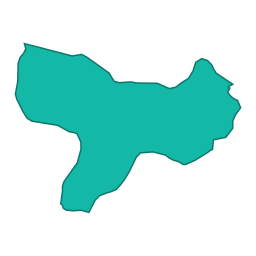 SVG path tracing the border of Amasya
{"feature_id": "TUR-2290", "entity_name": "Amasya", "entity_type": "Province", "adm_level": 1, "iso_a3": "TUR", "parent_name": "Turkey", "parent_adm1": "", "projection": "robinson", "projection_center": [35.812, 40.638], "detail": "fine", "context": "isolated", "style": "filled", "palette": "teal", "viewbox_px": 256, "rotation_deg": 0, "n_neighbors": 0, "source": "natural_earth", "source_scale": "10m", "svg_char_len": 1116}
<svg xmlns="http://www.w3.org/2000/svg" viewBox="0 0 256 256"><path d="M24.4,43.6L72.2,56.0L81.6,54.4L86.7,57.1L108.9,72.9L114.2,81.4L119.3,82.7L131.0,81.9L136.9,83.0L157.3,83.3L169.4,88.6L175.8,87.2L181.4,82.8L188.4,78.5L193.1,70.8L195.8,62.2L201.9,58.6L207.5,60.5L211.8,64.9L213.7,69.3L216.2,73.2L232.8,84.3L228.4,86.5L228.4,87.8L229.6,87.8L229.6,89.1L227.6,91.6L229.4,94.8L232.5,97.7L234.9,99.3L237.5,100.3L240.6,107.7L235.3,115.1L232.7,121.3L232.7,128.3L225.8,137.3L213.4,139.8L212.5,149.4L211.3,150.0L210.0,150.5L207.8,152.4L195.0,160.3L185.6,164.5L182.8,164.4L180.2,162.5L177.1,161.1L173.7,160.3L169.4,158.1L165.5,155.1L153.0,151.9L140.3,152.9L136.2,157.4L129.3,171.6L124.8,179.1L120.7,184.6L116.2,189.5L110.8,191.8L107.9,192.5L99.5,195.7L95.0,200.4L88.9,212.4L81.2,210.2L73.2,210.8L66.2,210.1L63.3,208.2L62.1,204.4L60.7,203.9L62.5,191.0L62.5,186.1L64.0,181.6L77.3,162.8L81.0,149.1L80.9,142.2L77.0,133.7L74.5,132.7L69.2,131.7L57.6,125.3L32.0,121.2L27.2,118.4L23.0,111.7L16.8,99.2L15.4,94.1L17.7,81.8L18.2,63.0L20.2,57.3L23.5,53.5L25.8,48.8L24.4,43.6Z" fill="#14b8a6" stroke="#0f766e" stroke-width="1.5"/></svg>